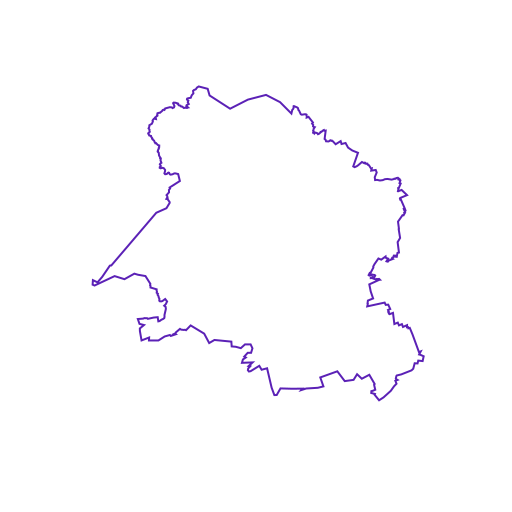 the district of Sinaloa, Sinaloa, Mexico, rotated 249°
{"feature_id": "50627088B88471362672586", "entity_name": "Sinaloa", "entity_type": "district", "adm_level": 2, "iso_a3": "MEX", "parent_name": "Mexico", "parent_adm1": "Sinaloa", "projection": "equal_earth", "projection_center": [-108.03, 26.02], "detail": "fine", "context": "isolated", "style": "outline", "palette": "violet", "viewbox_px": 512, "rotation_deg": 249, "n_neighbors": 0, "source": "geoboundaries", "source_scale": "gbopen_adm2", "svg_char_len": 6137}
<svg xmlns="http://www.w3.org/2000/svg" viewBox="0 0 512 512"><g transform="rotate(249 256 256)"><path d="M332.1,178.4L299.0,117.5L299.4,116.5L299.3,116.0L291.6,104.9L288.2,98.6L291.9,95.1L287.8,93.2L286.3,94.7L287.9,116.8L281.5,124.9L283.1,136.1L280.8,139.1L276.9,145.6L267.9,147.4L266.6,146.6L265.9,146.8L264.4,146.2L260.5,151.3L259.4,150.8L258.3,150.8L257.3,150.1L255.9,150.9L255.1,150.2L253.4,150.6L252.0,150.3L250.7,150.5L249.0,149.7L248.5,149.8L248.1,150.1L247.5,151.7L247.5,152.5L248.4,155.8L245.4,156.7L243.3,154.4L242.5,152.5L240.9,153.4L238.9,152.9L233.7,149.4L232.0,148.8L230.9,148.1L230.5,146.7L230.4,144.8L229.8,142.7L230.0,141.4L234.1,142.3L235.2,138.4L236.1,132.5L236.9,132.1L238.0,129.5L238.0,128.2L239.5,123.1L234.4,122.9L231.7,126.7L230.0,121.6L227.5,120.7L218.2,118.9L218.2,127.0L215.5,125.8L212.1,134.6L213.6,141.9L213.1,147.3L211.9,147.8L211.7,152.5L212.6,151.5L212.8,153.5L213.4,153.8L215.2,158.9L214.1,159.7L212.8,162.2L212.6,163.3L211.8,164.1L214.6,170.1L202.1,179.8L191.5,181.1L192.5,187.1L184.9,202.3L180.3,200.9L178.5,204.6L175.4,208.8L177.4,214.0L175.4,219.3L171.1,219.6L167.4,216.7L168.6,213.6L166.3,209.0L164.9,210.1L164.1,206.7L161.3,204.6L157.9,214.7L155.9,209.7L155.1,211.0L153.8,208.4L152.3,207.5L150.7,208.0L150.4,209.7L152.3,219.7L147.8,220.5L147.2,226.1L127.5,223.4L119.6,223.3L118.8,225.5L123.6,231.4L119.1,242.2L115.5,251.9L114.6,250.3L114.3,255.4L110.8,266.5L110.1,272.2L119.6,272.5L119.2,290.6L107.4,294.0L105.4,302.7L109.4,308.0L103.5,310.8L104.5,319.2L94.0,320.9L93.5,320.1L88.4,319.4L88.3,316.7L88.5,315.3L86.8,314.5L84.6,317.6L84.0,317.0L77.2,319.2L78.3,324.4L81.8,333.5L84.9,338.2L86.4,341.4L89.6,341.4L89.6,343.7L90.9,342.7L91.5,342.6L93.6,344.0L94.0,344.6L93.4,349.2L93.5,360.2L94.4,362.4L99.0,365.7L97.8,368.3L100.2,370.0L98.2,373.9L102.3,376.6L104.9,374.0L105.6,373.0L107.9,375.6L107.9,373.7L126.6,374.0L133.8,373.8L133.9,372.3L135.2,372.4L135.4,371.4L137.3,372.2L137.1,367.8L140.1,367.8L140.0,364.6L143.0,364.5L142.9,360.8L153.8,363.5L153.8,359.9L154.3,359.5L156.2,359.4L156.2,360.0L158.3,359.9L158.4,362.3L163.2,362.0L163.9,359.6L166.4,359.4L169.1,341.8L171.3,343.3L171.7,343.1L174.3,344.5L174.4,350.1L181.9,350.4L188.9,351.6L189.6,362.4L189.4,363.2L190.5,362.7L191.0,361.0L190.8,360.8L191.2,360.3L190.8,360.0L192.7,357.6L192.9,357.8L193.3,357.2L193.7,357.0L194.2,355.2L194.7,355.4L194.5,356.0L194.6,357.3L194.1,357.9L194.1,359.3L195.1,360.3L195.8,359.9L196.5,358.6L197.0,356.5L197.4,356.8L197.6,355.8L197.2,354.7L197.8,354.3L199.5,356.2L199.2,356.9L203.1,361.4L204.2,361.7L206.0,363.8L209.8,369.4L207.7,371.6L209.1,376.8L207.9,376.5L206.2,378.4L204.3,375.9L203.7,376.6L204.0,377.3L203.7,377.5L204.2,378.2L204.2,382.3L204.8,381.7L205.6,382.6L205.5,383.6L207.0,384.8L206.5,386.0L205.7,385.4L204.8,387.1L208.2,389.2L208.0,390.7L218.2,393.2L221.2,397.0L229.8,398.8L229.8,399.0L230.2,399.2L237.2,400.9L241.6,407.4L241.1,408.3L242.9,410.5L243.4,410.0L244.8,411.9L245.9,411.9L245.9,410.8L247.2,410.8L247.4,411.9L256.6,411.5L256.9,411.5L256.9,410.9L258.0,410.9L258.5,411.4L258.7,418.8L265.5,415.6L265.5,411.8L265.6,411.7L267.2,412.8L268.3,413.0L268.1,413.5L271.8,417.0L272.6,416.1L274.7,417.8L275.1,417.3L275.7,417.5L276.2,416.8L276.4,417.5L278.2,416.5L278.5,414.8L278.1,413.9L278.6,412.9L278.4,412.6L278.7,410.0L280.8,406.4L281.5,403.9L281.4,401.5L282.1,398.7L283.7,396.3L284.2,394.4L287.0,395.1L290.7,398.6L293.4,398.6L294.4,394.2L296.2,395.4L296.2,394.8L299.6,394.1L300.6,393.8L301.1,393.1L302.3,393.1L302.6,391.8L303.4,391.6L303.3,391.4L304.1,390.9L303.8,390.3L305.8,388.6L304.1,383.9L303.7,382.3L303.6,379.9L304.8,378.9L315.8,388.2L320.0,383.7L324.2,380.8L329.4,380.1L329.9,376.0L332.9,376.2L331.8,370.4L335.7,368.8L336.1,368.2L336.5,368.2L336.7,367.5L337.3,367.2L337.4,366.6L337.0,365.8L337.0,364.6L338.0,362.5L339.7,362.6L340.7,362.0L348.1,366.0L348.3,365.0L348.7,364.4L349.3,364.5L349.3,364.0L348.6,362.0L348.7,361.9L348.7,361.0L348.4,361.0L347.5,358.5L347.5,357.5L348.6,357.3L349.9,355.8L350.0,355.5L349.5,354.5L350.0,354.5L350.5,353.5L351.0,353.6L351.7,354.5L352.6,354.3L353.0,354.8L353.9,355.2L355.2,357.0L355.8,356.1L356.6,355.7L357.9,356.4L359.5,355.8L360.2,357.0L367.1,354.9L367.1,352.9L368.3,353.5L369.6,353.5L369.9,353.8L370.3,353.5L370.8,352.6L371.5,349.4L372.3,348.6L376.4,348.3L377.1,347.9L379.0,348.2L379.9,347.7L382.4,345.1L382.4,344.8L380.7,344.1L380.0,343.4L379.4,342.2L376.3,340.1L391.0,333.6L402.8,323.1L404.9,304.5L402.8,284.6L422.5,270.2L429.4,270.8L434.8,263.3L434.4,261.3L433.2,259.5L433.2,257.6L432.7,256.4L430.2,255.8L429.1,253.6L427.1,251.8L427.6,249.1L427.6,248.1L426.8,247.6L425.2,248.5L424.1,247.4L422.0,247.7L421.7,245.3L421.1,244.8L419.0,245.8L419.1,245.3L418.9,244.7L419.4,243.7L419.8,243.5L420.0,241.7L421.9,240.7L422.2,239.9L422.7,239.4L423.4,239.4L424.3,238.0L425.1,237.7L425.8,237.9L426.1,237.4L426.5,237.6L428.1,235.5L428.7,234.1L428.4,233.4L425.2,233.6L424.1,232.7L424.0,231.1L424.9,230.7L425.8,228.9L426.3,224.1L425.2,222.9L425.7,222.4L425.7,221.2L425.2,220.7L424.1,217.6L424.4,217.2L424.6,215.2L423.9,214.7L422.8,214.5L422.7,214.0L422.2,214.0L421.5,211.5L420.2,211.8L419.7,211.7L420.7,210.3L420.7,209.8L419.8,208.3L419.4,207.9L418.5,207.9L416.8,206.2L416.3,203.3L414.9,202.7L413.6,201.4L412.2,201.9L410.9,201.3L410.2,201.4L409.7,201.0L409.2,199.3L408.8,199.2L407.9,199.5L406.8,199.5L405.8,200.9L405.5,200.7L403.4,201.3L402.9,201.0L402.4,201.4L401.9,201.2L400.2,202.2L398.1,202.2L397.5,202.9L397.1,202.7L396.8,203.3L394.9,204.1L393.9,205.2L393.6,204.9L392.5,204.8L392.0,204.1L391.0,203.8L390.8,203.2L389.1,201.8L388.8,202.0L388.4,201.7L387.2,202.2L384.6,201.5L382.4,201.8L381.6,201.5L381.2,202.1L379.4,201.1L376.9,201.1L376.6,199.8L376.1,199.1L374.1,199.4L373.5,198.0L372.8,197.7L372.1,198.3L371.8,200.4L371.0,201.4L368.9,202.0L367.8,201.5L366.0,200.1L365.0,200.4L364.7,201.1L364.6,202.3L365.2,203.6L365.2,204.3L364.8,204.7L363.2,204.8L362.5,205.5L362.2,207.5L362.4,209.3L362.0,210.4L360.4,212.7L353.3,211.8L350.9,199.9L349.8,200.0L348.9,198.4L346.6,197.6L344.9,194.3L343.6,194.6L342.7,194.4L341.4,192.8L341.2,193.1L341.1,194.1L340.4,193.9L337.4,194.7L336.6,194.5L332.7,189.5L332.1,178.4Z" fill="none" stroke="#5b21b6" stroke-width="2"/></g></svg>